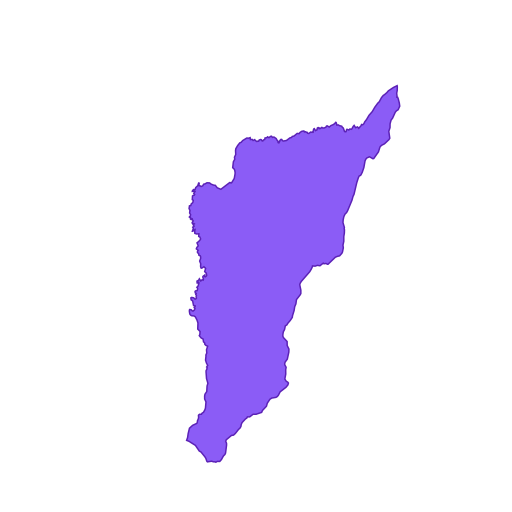 Cañasgordas, Antioquia, Colombia, rotated 21°
{"feature_id": "7082276B88320735192302", "entity_name": "Cañasgordas", "entity_type": "district", "adm_level": 2, "iso_a3": "COL", "parent_name": "Colombia", "parent_adm1": "Antioquia", "projection": "equal_earth", "projection_center": [-76.052, 6.813], "detail": "fine", "context": "isolated", "style": "filled", "palette": "violet", "viewbox_px": 512, "rotation_deg": 21, "n_neighbors": 0, "source": "geoboundaries", "source_scale": "gbopen_adm2", "svg_char_len": 6131}
<svg xmlns="http://www.w3.org/2000/svg" viewBox="0 0 512 512"><g transform="rotate(21 256 256)"><path d="M181.4,207.7L181.1,209.6L179.8,210.8L178.5,210.5L177.3,210.8L177.1,208.9L176.7,208.3L176.3,208.4L176.4,211.3L175.2,213.7L175.3,215.9L173.9,216.3L173.3,217.7L173.4,218.5L175.5,217.5L176.0,217.7L175.4,219.8L176.7,220.6L176.6,221.3L175.6,222.0L175.2,222.7L176.3,226.2L177.5,226.5L177.8,228.2L177.7,229.1L176.9,230.5L177.0,232.3L175.9,233.0L176.5,235.7L178.0,237.1L178.6,239.6L180.2,240.9L180.3,242.6L179.8,243.2L179.9,243.6L181.0,243.5L181.5,244.9L182.2,245.2L182.6,245.1L182.8,244.1L183.1,244.1L183.7,245.1L184.8,245.7L184.4,247.8L184.8,248.3L185.4,248.5L186.3,247.9L186.9,248.1L186.1,249.3L187.5,250.3L186.6,251.8L187.6,252.6L187.7,255.7L188.1,255.6L188.8,253.9L189.6,253.2L189.8,254.6L190.8,256.8L192.8,256.7L194.7,255.7L195.5,258.3L196.8,258.4L198.1,259.8L198.2,260.5L197.4,262.7L196.2,264.9L198.3,267.1L198.3,267.8L197.7,269.1L197.7,270.7L200.0,271.4L199.7,272.6L200.1,273.7L201.6,274.4L202.5,275.8L203.9,275.8L204.6,276.6L205.2,278.2L205.2,280.9L207.2,283.1L207.9,285.4L208.7,286.6L209.2,287.0L209.8,286.7L211.2,284.7L213.4,285.6L213.7,289.0L215.7,289.8L216.9,291.8L216.7,292.8L216.0,293.7L215.5,293.6L214.9,292.2L213.9,293.8L213.8,294.6L215.3,296.5L215.3,297.5L214.2,297.5L213.4,299.1L211.3,297.6L211.1,299.2L209.9,300.6L210.7,302.3L211.1,302.2L211.9,301.0L212.4,301.6L212.7,304.8L212.0,306.4L212.8,306.8L213.3,307.6L213.5,309.4L212.0,310.3L211.8,310.9L212.5,312.2L213.6,312.3L213.5,313.5L214.5,314.1L214.7,315.6L215.5,316.6L215.3,317.4L214.6,318.1L212.8,317.4L210.8,317.7L210.2,318.5L211.2,320.2L212.9,320.6L215.5,324.7L216.9,324.3L217.3,325.0L216.8,326.4L217.9,326.9L217.8,328.6L216.9,330.0L216.2,330.1L214.8,329.4L213.3,329.7L213.2,330.3L213.7,331.7L215.0,333.9L216.1,334.6L217.5,334.8L219.4,334.2L221.1,334.5L223.8,336.9L225.8,339.3L227.8,345.1L230.8,346.5L231.7,349.3L231.6,350.7L234.2,352.2L236.4,352.5L237.7,354.9L239.3,355.6L239.9,356.8L241.2,357.4L243.2,357.5L243.4,361.3L244.8,364.2L244.7,366.5L245.1,367.1L246.2,371.3L248.1,373.7L250.1,375.4L249.7,377.3L250.3,377.5L250.7,379.4L250.5,380.9L250.9,382.1L253.7,388.1L256.7,392.1L256.9,394.9L258.6,400.2L257.9,403.3L258.2,405.1L259.3,407.9L261.6,410.2L263.3,416.1L263.4,417.7L263.0,420.7L261.9,422.2L261.8,423.3L260.0,424.0L259.4,425.1L259.5,425.8L260.2,427.0L260.5,428.7L260.4,430.9L260.8,432.2L260.7,433.5L257.5,436.8L255.6,440.6L256.3,446.1L257.2,450.0L257.3,453.0L259.6,453.0L267.3,454.5L272.9,458.4L274.9,458.7L280.1,461.7L281.7,462.9L283.6,465.2L284.4,465.6L288.1,463.5L289.9,463.4L291.7,462.8L292.4,462.9L293.5,461.6L295.8,460.8L296.7,458.4L297.0,456.0L297.3,454.2L298.1,452.5L298.2,450.9L296.3,443.1L295.6,441.4L294.1,439.8L294.1,438.2L297.4,432.3L299.2,431.3L300.3,429.1L301.8,424.3L302.8,422.2L303.0,420.4L302.6,418.6L302.7,416.5L304.6,411.8L305.5,410.6L305.6,409.3L307.8,408.4L310.0,404.8L312.8,403.7L317.3,400.0L317.4,397.9L319.6,392.5L319.3,389.4L320.3,384.8L321.6,383.0L325.3,380.8L326.3,379.5L326.8,377.9L327.2,374.2L331.1,367.7L332.0,364.9L331.8,363.0L330.9,362.4L329.1,362.1L327.0,360.5L326.1,355.6L324.5,351.6L324.0,349.1L321.8,347.2L321.4,346.3L321.2,344.7L322.2,341.1L321.1,334.0L320.1,331.1L317.2,328.4L315.7,324.7L311.0,322.4L309.8,321.3L309.1,319.2L308.7,316.9L309.0,314.4L308.4,310.7L309.5,309.3L309.8,307.5L311.1,303.8L311.9,300.3L311.5,298.8L311.1,293.2L310.3,289.5L310.4,286.4L309.4,282.2L311.2,276.3L311.3,274.9L310.1,271.8L307.1,267.1L307.0,265.7L307.4,263.5L311.8,251.4L312.3,248.5L312.5,245.7L312.3,245.0L314.8,244.3L316.7,242.7L319.2,242.2L321.3,238.6L322.2,238.9L324.0,237.9L325.7,238.1L326.2,237.9L330.5,228.7L332.2,227.1L334.0,225.9L335.2,222.7L335.3,221.2L334.6,217.1L333.3,214.7L332.7,210.8L331.0,206.4L330.3,203.0L329.2,199.8L328.5,198.9L328.3,197.7L325.2,193.6L324.4,190.9L323.9,187.8L324.1,185.0L325.0,183.0L325.3,180.9L325.6,169.5L325.2,165.7L325.4,163.3L323.8,151.5L323.5,146.1L323.7,144.2L324.7,143.3L324.9,142.6L325.2,139.8L325.0,134.8L323.7,128.0L323.9,125.9L324.4,124.7L326.4,122.7L330.3,123.3L331.0,122.8L333.0,114.9L332.7,110.4L332.8,109.2L333.8,107.4L335.7,105.3L336.3,104.1L338.4,99.7L338.7,98.1L335.3,92.0L335.1,88.1L333.8,84.6L333.4,80.7L334.1,78.4L334.5,71.8L335.1,70.1L336.3,68.5L336.5,64.6L334.9,61.7L332.4,58.2L331.3,57.0L330.5,57.2L330.3,56.1L329.0,53.6L328.5,50.8L327.3,47.4L326.7,46.4L324.0,49.3L320.4,54.3L319.6,56.6L318.1,59.4L317.3,60.4L316.4,63.1L315.8,67.8L314.9,69.7L313.6,74.5L312.8,79.5L311.1,84.1L310.3,88.9L309.4,91.9L309.3,93.8L308.6,95.3L307.4,95.4L307.4,96.7L306.1,100.0L304.5,99.1L303.0,100.5L300.8,98.9L300.3,100.2L299.9,103.1L299.5,103.6L298.2,103.7L297.5,105.1L295.5,105.1L295.3,106.0L295.5,107.6L294.7,108.1L294.0,108.0L291.7,105.3L290.2,104.7L289.5,104.1L287.1,104.4L285.9,104.1L284.6,104.8L283.1,102.8L282.6,102.6L281.8,104.5L281.0,105.7L279.2,107.4L278.2,109.3L275.7,109.0L275.2,109.6L275.1,110.7L273.7,112.1L272.2,112.6L271.4,112.3L270.4,113.9L269.3,114.5L269.0,114.3L269.1,113.8L268.0,113.8L267.4,114.6L267.7,116.4L266.6,117.6L264.8,116.2L264.4,116.7L264.4,117.6L264.9,119.9L264.3,119.9L264.0,120.5L262.7,120.6L261.4,122.7L260.3,122.9L259.4,122.2L258.8,122.5L257.9,122.2L256.7,122.8L255.9,122.1L254.0,123.2L252.8,124.9L252.4,126.3L250.5,126.8L248.5,130.4L247.0,131.4L246.7,132.6L245.3,133.6L243.0,137.3L240.3,138.9L239.3,138.8L238.3,138.0L237.6,138.1L236.9,139.5L237.1,140.0L236.8,140.5L237.0,141.0L236.8,142.2L236.0,142.2L235.2,140.8L234.5,140.6L232.7,139.1L230.1,138.5L228.8,139.4L227.6,138.6L226.7,139.1L225.7,140.9L224.1,140.6L223.6,141.7L222.1,142.6L222.4,144.1L221.4,145.0L221.1,146.2L220.3,146.3L219.2,145.5L218.5,145.6L217.4,146.6L217.3,147.9L216.5,148.1L215.8,148.8L213.9,148.4L213.1,147.8L211.9,149.2L210.7,148.5L209.1,149.3L208.1,147.6L207.0,148.6L205.1,149.2L202.2,153.0L201.4,155.2L200.3,156.2L199.3,159.4L198.7,163.0L199.1,164.9L200.7,168.5L200.5,171.5L201.5,173.3L201.1,176.1L202.6,181.9L204.5,182.7L205.5,183.7L206.7,185.8L207.1,187.2L207.9,191.4L207.0,196.3L206.5,196.8L205.3,196.7L204.9,197.2L199.3,206.3L195.3,206.2L192.7,204.6L191.2,205.0L188.4,205.0L186.5,204.4L184.0,205.2L182.6,206.9L181.4,207.7Z" fill="#8b5cf6" stroke="#5b21b6" stroke-width="1.5"/></g></svg>